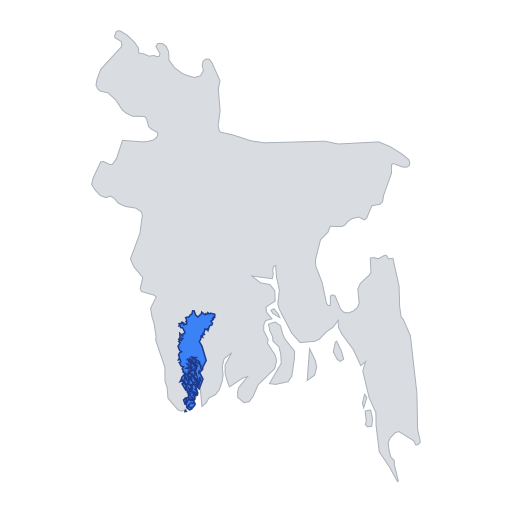 Khulna, Khulna, Bangladesh shown in context
{"feature_id": "16705992B21968895988188", "entity_name": "Khulna", "entity_type": "district", "adm_level": 2, "iso_a3": "BGD", "parent_name": "Bangladesh", "parent_adm1": "Khulna", "projection": "mercator", "projection_center": [89.444, 22.353], "detail": "fine", "context": "in_parent", "style": "filled", "palette": "blue", "viewbox_px": 512, "rotation_deg": 0, "n_neighbors": 0, "source": "geoboundaries", "source_scale": "gbopen_adm2", "svg_char_len": 9768}
<svg xmlns="http://www.w3.org/2000/svg" viewBox="0 0 512 512"><path d="M165.0,381.4L164.9,367.5L155.6,339.9L156.1,336.9L154.1,323.5L151.8,316.1L150.6,308.3L156.2,296.9L154.0,295.1L141.6,291.6L140.2,288.7L142.8,277.5L133.9,266.9L130.4,259.0L139.9,233.4L142.3,215.6L141.6,212.1L135.8,208.1L125.5,206.5L118.3,203.2L114.0,198.1L110.5,196.1L106.0,197.6L100.4,195.6L95.6,190.6L91.6,184.5L93.2,177.8L100.7,161.9L103.4,161.5L109.9,164.5L112.3,164.5L116.6,158.3L122.5,140.4L143.3,141.9L148.3,141.3L153.5,139.9L156.3,137.7L157.9,134.8L157.3,132.3L150.9,128.9L148.5,126.4L146.7,119.2L144.8,116.5L132.3,116.2L125.8,112.9L122.2,109.9L115.9,100.1L108.0,92.9L100.5,91.1L97.6,88.8L96.0,85.1L96.9,79.7L100.7,69.3L121.4,46.8L121.9,44.3L121.1,41.4L115.0,37.8L114.6,36.0L116.4,31.3L119.8,30.7L126.9,35.0L134.2,41.9L138.5,48.1L138.7,53.0L144.3,54.0L149.0,56.2L153.9,55.5L157.1,56.7L159.2,56.3L160.0,53.5L155.9,46.4L157.9,43.4L162.6,43.6L166.1,46.2L168.6,51.7L169.0,60.1L174.6,67.8L181.9,73.2L187.7,75.7L194.6,77.5L200.5,75.8L203.5,70.4L202.2,65.7L203.1,61.4L205.5,59.1L209.2,59.2L211.9,62.6L220.0,80.8L218.3,88.9L220.1,111.0L218.1,125.6L219.4,131.2L220.7,132.2L232.9,134.9L250.5,140.7L264.0,142.8L324.9,141.2L338.2,144.0L378.8,141.9L389.9,146.5L401.9,154.0L408.7,159.6L409.9,162.8L409.2,165.6L406.9,167.1L402.8,167.1L393.2,163.5L391.6,164.6L391.5,173.2L383.7,195.0L382.6,201.7L379.9,204.3L371.9,205.7L366.5,218.4L364.3,219.9L359.1,217.2L355.8,217.6L351.7,218.8L347.6,221.7L344.7,225.3L341.5,226.5L330.2,226.3L328.0,232.1L320.5,239.8L315.4,260.1L315.8,266.3L322.1,282.4L326.5,303.3L328.1,305.4L330.3,305.6L330.4,296.0L332.5,294.8L335.1,295.9L340.4,308.8L343.5,312.1L348.2,313.0L353.5,311.0L357.5,307.3L359.2,303.2L357.8,289.1L360.3,283.4L369.5,274.8L370.9,272.2L370.3,258.1L373.8,257.6L378.4,258.7L384.4,255.4L386.2,255.3L388.6,258.9L392.9,258.3L399.1,286.3L399.6,306.0L401.1,316.9L403.3,319.4L410.4,335.8L416.9,393.2L417.6,429.5L420.4,441.9L418.1,444.6L415.9,445.1L413.8,440.8L398.9,431.6L395.3,432.6L390.2,437.9L388.1,442.9L389.0,449.8L390.6,456.7L394.2,460.6L394.4,464.9L398.4,481.2L397.3,481.3L389.2,466.5L379.3,451.9L376.1,425.8L375.9,412.8L369.1,397.6L362.8,371.0L365.6,361.6L360.8,365.7L353.4,349.7L341.8,334.0L338.4,327.1L338.2,320.3L333.2,327.1L326.3,331.9L319.4,339.1L314.8,341.3L300.1,342.6L291.6,333.0L279.4,309.4L277.8,304.1L279.4,290.2L276.5,277.1L275.7,265.5L273.5,266.5L272.7,269.7L273.2,274.6L272.3,278.7L251.8,276.0L260.6,282.9L269.9,284.5L274.8,290.7L275.1,301.0L265.9,307.2L266.7,312.4L272.0,318.8L265.6,320.6L263.8,324.7L263.7,330.6L268.2,339.7L267.4,343.2L275.1,355.0L276.6,360.7L274.7,368.7L258.0,384.9L253.2,396.3L249.1,401.7L244.0,402.7L237.7,397.3L237.6,391.7L238.9,387.3L247.6,376.6L242.9,378.0L229.4,386.9L226.8,379.7L225.1,373.0L225.1,364.9L231.6,352.7L224.2,358.7L222.2,366.4L223.1,375.3L222.1,381.6L219.2,389.9L215.3,394.8L208.9,398.0L206.1,402.9L201.9,406.5L200.4,389.9L195.8,367.4L194.8,372.2L197.2,386.2L197.0,395.2L193.5,402.4L186.5,410.0L181.2,411.1L178.0,409.9L168.0,398.4L167.1,387.5L165.0,381.4ZM288.1,381.7L275.7,384.4L269.4,383.6L281.2,363.4L280.8,354.3L278.9,346.9L272.9,341.0L272.6,336.7L269.9,330.9L268.5,324.2L275.2,322.0L280.6,325.9L282.5,333.6L285.2,339.4L294.6,351.2L294.4,358.5L291.8,376.3L288.1,381.7ZM314.7,375.1L307.2,380.5L309.6,348.6L315.3,360.5L316.7,366.8L314.7,375.1ZM343.7,359.2L340.4,361.4L337.3,359.5L333.3,352.0L335.3,342.4L336.5,341.1L341.3,350.8L343.7,359.2ZM371.7,426.4L367.4,426.8L365.3,424.5L366.3,421.3L365.1,411.0L370.6,410.0L372.6,418.6L371.7,426.4ZM366.9,397.6L363.7,407.8L362.4,403.2L364.6,394.2L366.9,397.6ZM278.4,314.3L279.7,317.6L272.7,313.3L270.9,310.2L274.0,308.7L278.4,314.3Z" fill="#d9dde1" stroke="#a8b0b8" stroke-width="1"/><path d="M214.7,314.2L210.5,313.2L209.5,313.9L207.8,312.7L207.7,313.8L206.1,314.4L205.8,313.7L204.9,314.8L201.7,312.1L201.4,313.7L197.9,317.0L195.7,315.1L194.1,310.8L192.6,310.8L191.8,314.3L190.3,314.7L189.5,316.6L185.6,317.6L186.7,320.3L185.9,321.6L186.8,322.0L186.5,324.2L184.3,324.7L184.8,324.0L182.4,323.6L183.4,322.8L181.9,322.1L181.6,323.1L179.0,323.8L179.6,324.5L179.0,326.0L180.2,325.9L180.6,327.6L182.6,327.8L185.0,332.4L184.8,333.4L183.1,333.6L182.7,335.9L179.8,333.3L180.0,337.0L182.8,338.7L181.0,339.9L182.0,340.6L180.1,339.9L179.8,337.8L178.7,339.4L179.9,340.6L178.7,341.6L180.2,342.7L178.0,346.3L179.6,350.4L181.6,351.8L179.7,352.6L178.5,354.9L179.5,357.8L178.4,359.8L180.1,359.5L180.8,361.8L179.2,362.5L181.4,366.5L183.7,366.7L182.1,369.0L183.5,370.8L182.9,371.9L184.8,373.2L185.0,371.9L185.2,373.3L184.5,374.0L185.4,374.8L185.6,376.8L184.9,378.4L186.4,378.1L186.3,379.5L188.3,380.9L188.6,379.3L190.2,378.6L188.2,378.0L188.7,376.5L187.7,376.3L187.6,376.1L188.6,374.7L186.8,374.6L186.7,374.4L187.0,373.9L188.7,374.6L187.7,376.1L188.8,376.5L188.3,378.0L190.3,378.3L190.3,376.9L191.0,376.2L191.9,375.8L190.9,374.4L190.6,373.6L189.0,373.3L187.4,372.1L189.0,373.3L190.0,372.5L189.3,371.6L190.0,371.1L189.7,371.3L189.5,371.2L189.1,370.0L189.6,371.2L190.0,371.0L190.5,371.7L190.8,371.3L191.2,371.2L190.5,370.0L190.7,368.7L189.4,368.4L188.8,367.9L188.3,368.8L187.6,367.9L187.3,368.1L187.1,367.9L186.3,368.4L186.0,368.3L187.0,367.8L187.7,367.9L188.3,368.7L188.7,367.8L190.8,368.6L191.7,367.4L190.2,367.7L189.5,367.4L189.3,367.2L189.1,366.2L190.2,367.6L191.8,366.9L188.6,365.8L187.1,363.9L188.3,364.3L188.7,365.7L191.2,366.2L190.3,365.1L191.0,363.9L189.6,362.9L189.8,361.8L188.9,361.8L188.6,361.6L188.6,359.9L187.2,359.8L187.3,358.4L187.3,359.8L188.7,359.8L188.7,361.6L189.9,361.6L189.7,362.9L191.3,363.6L191.6,363.1L191.3,362.2L191.5,361.6L190.4,360.5L189.8,358.4L189.6,358.3L189.0,357.9L189.9,358.3L191.4,361.3L192.6,358.9L191.6,356.9L193.3,357.3L192.2,361.1L195.1,365.1L195.6,364.2L194.4,363.3L193.9,362.5L194.0,362.2L194.4,362.1L196.0,362.5L195.9,361.0L196.2,360.1L195.2,360.1L194.7,360.0L194.7,359.7L195.3,359.1L194.5,358.9L194.4,357.8L195.1,357.6L194.3,357.4L195.4,357.5L194.5,357.9L195.4,359.1L194.8,359.9L196.3,360.0L196.1,362.3L196.8,362.1L195.8,362.7L194.2,362.2L194.1,362.9L195.7,364.2L195.3,365.5L196.4,368.1L196.7,366.4L195.9,365.6L196.0,365.2L196.4,365.0L197.1,365.7L198.1,365.3L197.1,365.8L196.0,365.3L196.8,366.3L196.8,367.5L195.3,370.7L198.2,380.8L200.1,381.1L200.4,380.0L199.8,379.3L199.6,378.8L199.8,376.9L200.6,380.0L200.2,381.2L198.9,381.2L199.4,383.8L197.7,387.3L199.2,389.0L203.0,379.0L199.9,373.0L199.1,373.5L198.7,373.4L198.9,372.6L199.3,372.4L198.9,371.6L199.5,370.0L199.5,372.5L198.9,373.4L202.2,369.8L202.0,369.1L201.1,368.9L200.8,368.4L200.5,366.1L200.7,365.3L199.6,364.4L198.9,363.1L198.2,363.5L197.8,363.3L197.8,363.0L198.0,362.6L199.4,362.2L197.2,359.9L199.5,362.0L199.5,362.5L197.9,363.1L199.0,363.0L200.8,365.2L201.0,368.5L202.2,369.1L202.5,370.1L202.8,367.1L206.2,360.4L202.0,346.2L199.3,341.6L200.7,339.2L201.0,336.3L202.6,337.1L201.9,335.3L204.3,334.5L203.1,333.3L204.0,332.9L204.9,328.9L206.3,329.8L207.3,328.9L208.0,330.4L209.5,325.9L212.0,324.9L212.5,323.1L210.9,321.1L213.3,319.5L212.8,318.9L214.2,317.7L213.1,317.8L214.9,315.6L214.7,314.2ZM188.9,398.5L186.2,403.6L187.0,407.4L188.4,406.7L188.8,404.8L189.0,404.5L189.5,404.1L188.4,406.9L187.0,407.7L189.7,410.0L191.7,408.9L190.3,407.4L192.6,407.8L195.0,404.8L195.1,403.4L194.4,402.6L192.5,403.4L190.9,402.7L192.4,403.3L194.4,402.5L193.4,400.4L191.5,400.5L190.3,400.3L189.9,400.1L189.2,399.4L189.2,399.0L189.7,398.7L189.5,398.3L188.9,398.5ZM185.1,379.0L184.5,378.4L185.1,375.2L184.4,374.4L182.0,377.0L181.1,379.6L184.0,380.3L185.9,383.7L185.9,384.2L185.1,384.4L183.0,383.1L182.0,383.9L186.1,390.7L185.8,386.2L188.7,381.7L186.2,379.9L186.2,378.4L185.1,379.0ZM197.1,391.0L194.9,385.0L193.7,384.7L192.9,383.8L192.0,385.3L192.6,389.4L191.4,390.9L194.2,393.3L193.7,395.6L197.3,395.1L197.6,394.1L196.9,394.2L195.3,393.7L194.7,393.1L195.0,392.6L194.1,392.6L193.8,392.5L194.4,391.2L193.9,392.5L195.1,392.5L195.3,393.4L195.7,391.8L195.3,393.6L197.5,393.7L197.4,391.5L195.1,389.6L194.5,388.9L197.1,391.0ZM192.9,376.3L191.1,376.4L190.4,378.8L188.6,379.7L189.3,382.1L188.2,383.5L189.2,384.2L190.1,384.4L190.5,384.7L191.8,386.4L191.8,384.5L193.3,382.8L192.6,382.0L192.4,381.4L191.1,380.8L190.8,380.1L190.8,379.8L191.5,379.5L191.5,378.7L192.0,377.9L191.2,380.8L192.5,381.4L193.4,382.8L195.9,381.7L192.9,376.3ZM191.8,386.6L188.2,383.7L186.5,386.1L187.2,391.7L188.8,394.5L189.0,393.6L189.7,393.2L188.1,392.5L187.9,392.0L188.4,391.3L190.0,390.9L188.7,388.7L188.7,388.2L189.8,390.0L190.9,389.1L190.5,388.4L191.2,387.3L190.4,387.4L191.1,387.1L191.3,387.4L190.6,388.3L191.0,389.1L190.7,389.5L192.2,389.5L191.8,386.6ZM190.9,389.7L189.9,390.1L190.1,390.9L190.0,391.4L188.0,392.2L189.6,392.9L189.8,393.3L189.1,393.8L190.4,393.9L190.5,394.3L190.1,395.1L191.2,396.8L193.5,398.3L193.5,398.5L193.1,398.8L191.4,399.2L191.4,400.1L193.9,400.0L194.7,399.6L194.9,396.1L193.1,395.7L193.9,393.7L192.0,392.7L190.9,389.7ZM195.0,376.1L194.0,369.6L190.6,371.7L189.4,371.6L190.3,372.4L189.4,373.1L190.7,373.4L194.3,377.2L194.4,376.9L193.9,376.7L193.1,375.8L192.8,375.4L192.9,375.1L192.3,374.5L192.5,374.2L194.0,376.7L195.0,376.1ZM193.9,369.2L195.5,367.6L191.5,361.9L191.7,363.4L190.5,365.2L192.3,367.2L190.9,370.3L193.9,369.2ZM190.0,395.2L190.4,394.0L189.1,394.6L188.5,394.6L188.6,397.9L188.9,398.3L189.5,398.2L189.6,398.3L190.1,400.1L191.5,400.3L191.1,399.7L191.3,399.2L193.4,398.3L191.3,397.0L190.0,395.2ZM185.3,404.8L185.4,402.7L187.3,397.6L183.5,399.9L185.3,404.8ZM195.0,384.9L197.8,382.7L197.9,382.4L196.2,381.6L193.0,383.7L195.0,384.9ZM183.2,380.4L181.1,379.9L180.0,381.7L182.6,381.0L183.2,382.7L185.7,384.1L183.2,380.4ZM197.4,381.5L196.7,378.6L195.0,377.8L196.0,381.3L197.4,381.5ZM196.7,386.3L198.2,384.0L198.1,382.5L197.7,383.2L195.5,384.7L196.7,386.3ZM184.9,411.6L186.2,411.4L185.3,410.3L184.9,411.6ZM184.3,399.3L185.5,398.7L186.8,397.6L185.1,398.2L184.3,399.3Z" fill="#3b82f6" stroke="#1e3a8a" stroke-width="1.5"/></svg>